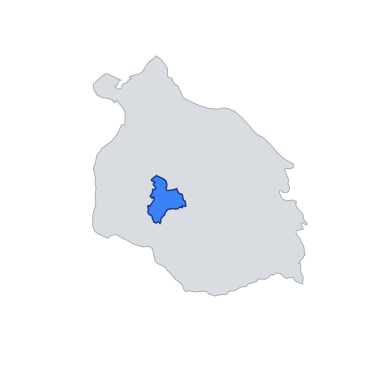 Harghita on a map of Romania (Equal Earth projection), rotated 217°
{"feature_id": "ROU-307", "entity_name": "Harghita", "entity_type": "County", "adm_level": 1, "iso_a3": "ROU", "parent_name": "Romania", "parent_adm1": "", "projection": "equal_earth", "projection_center": [25.588, 46.623], "detail": "fine", "context": "in_parent", "style": "filled", "palette": "blue", "viewbox_px": 384, "rotation_deg": 217, "n_neighbors": 0, "source": "natural_earth", "source_scale": "10m", "svg_char_len": 5728}
<svg xmlns="http://www.w3.org/2000/svg" viewBox="0 0 384 384"><g transform="rotate(217 192 192)"><path d="M290.1,211.2L293.4,215.3L297.5,217.5L306.9,219.7L307.8,219.5L307.9,219.0L307.2,218.5L307.1,217.7L307.5,216.8L308.8,216.7L311.0,217.5L315.0,216.3L320.9,213.1L326.4,212.4L331.4,214.3L334.0,216.6L335.7,218.7L335.3,221.4L335.0,223.0L333.8,229.8L333.0,232.4L331.6,235.2L316.1,238.6L317.0,237.0L316.6,234.1L315.9,232.0L317.3,230.0L313.8,229.3L312.3,230.4L311.2,232.2L312.3,236.5L310.6,238.9L310.0,240.3L310.0,243.4L309.0,244.8L308.8,246.3L311.3,245.9L310.2,248.6L305.7,253.9L304.1,257.0L304.7,269.5L302.7,276.9L302.6,279.1L297.6,279.2L296.1,279.0L291.4,277.9L286.0,275.9L282.9,272.1L280.8,269.3L276.4,270.6L275.5,270.2L274.3,268.9L270.9,268.0L266.7,268.0L257.3,263.0L256.3,262.1L248.9,263.0L237.9,265.5L229.5,268.5L220.8,274.0L217.3,278.2L213.2,280.4L207.4,282.0L197.0,281.4L186.2,279.3L174.6,277.0L168.3,278.3L159.8,277.4L147.0,274.7L137.5,273.9L128.0,275.4L126.5,274.2L126.1,272.9L126.5,270.9L127.9,269.3L130.2,268.1L131.4,266.9L131.5,265.7L129.0,263.7L123.8,261.0L121.7,259.3L121.2,258.9L121.1,257.4L120.0,256.2L118.0,255.3L116.4,253.7L115.4,251.4L115.6,249.3L117.3,247.3L119.3,246.4L121.8,246.7L122.8,246.1L122.4,244.7L120.0,242.9L115.6,240.7L111.1,241.9L106.5,246.4L103.1,247.2L101.2,244.1L97.6,242.3L92.4,241.7L89.3,240.5L88.1,238.7L85.9,237.3L80.9,235.9L80.9,234.5L81.7,234.2L83.5,234.0L85.9,233.7L86.3,232.9L86.3,232.2L84.5,231.3L82.6,230.7L81.6,230.1L81.0,229.4L80.9,228.7L81.5,228.2L82.2,228.1L83.0,227.7L83.4,226.0L84.5,224.7L85.2,224.2L85.2,223.2L84.5,222.2L83.5,221.4L82.0,220.9L77.3,219.5L74.9,217.5L73.4,217.4L71.2,216.3L68.7,214.6L66.6,212.1L64.3,210.5L63.7,209.9L63.7,209.3L64.1,208.6L64.1,207.8L63.6,205.4L64.1,202.9L64.0,200.5L64.0,199.4L63.6,199.1L63.2,199.5L62.6,199.9L62.0,200.0L60.4,198.3L58.3,194.7L56.8,193.5L54.0,191.9L51.6,190.6L50.0,187.6L48.3,185.4L49.5,184.4L56.4,183.1L59.6,184.4L61.0,183.9L62.4,182.8L63.2,182.0L63.4,181.1L64.1,180.0L66.5,179.4L72.6,180.1L75.1,178.6L76.0,177.7L76.6,175.8L77.3,174.3L79.5,173.5L79.5,172.1L79.2,170.6L80.6,167.2L81.4,165.9L82.7,165.4L84.2,164.3L86.8,162.1L86.3,160.2L86.8,158.8L89.6,155.3L91.8,152.0L91.8,150.4L92.1,148.9L93.9,147.3L95.9,145.3L98.6,138.8L99.5,137.8L101.2,136.5L102.4,135.3L102.7,131.1L103.8,129.9L106.1,128.5L108.3,126.3L110.1,123.7L111.5,122.5L113.4,122.2L115.4,121.2L117.6,120.8L119.7,121.3L121.1,121.0L123.1,119.8L128.5,115.0L129.2,114.1L130.3,113.4L134.6,111.8L135.7,110.2L137.1,108.7L139.0,108.8L145.1,112.5L151.7,112.2L152.9,112.4L153.3,112.4L154.1,112.7L162.8,114.5L164.2,114.3L164.6,114.2L168.1,115.7L171.2,115.5L174.2,114.5L177.2,114.1L180.1,114.7L182.2,116.8L187.8,121.3L189.4,122.9L192.0,122.7L194.8,121.8L197.7,118.9L206.5,115.5L213.2,114.7L219.8,113.3L227.4,112.4L229.6,109.6L230.8,107.7L231.6,104.3L235.7,103.3L239.6,102.6L240.9,102.1L243.8,102.0L246.0,102.3L249.4,104.0L251.8,106.1L252.7,107.8L254.8,110.3L256.9,113.6L259.3,118.1L259.9,120.4L260.8,122.9L262.6,125.9L266.0,129.2L266.5,129.9L268.0,132.2L271.0,137.4L273.5,139.5L275.7,141.8L276.8,144.1L278.3,146.2L282.0,148.9L285.0,151.5L287.4,158.7L289.1,162.0L290.2,164.6L289.8,169.7L290.5,172.0L289.2,176.0L286.9,184.2L286.4,190.7L286.9,194.2L286.9,196.5L287.6,197.9L288.2,200.9L288.4,203.5L287.5,204.2L286.3,204.8L285.8,205.4L287.0,206.5L288.5,208.7L290.1,211.2Z" fill="#d9dde1" stroke="#a8b0b8" stroke-width="1"/><path d="M222.4,185.3L219.6,185.1L218.8,184.7L218.2,184.3L218.0,183.9L217.7,183.6L216.5,182.7L216.3,182.5L216.1,182.1L215.4,180.8L215.3,180.4L215.2,180.0L215.2,179.7L214.9,179.3L214.6,179.0L213.8,178.4L213.3,178.1L212.9,178.2L212.6,178.4L212.2,178.8L211.2,179.4L210.7,179.8L209.6,181.2L209.2,181.6L208.6,182.1L207.5,183.1L207.3,183.4L207.4,183.7L207.1,184.0L206.9,184.1L206.2,185.5L205.3,184.6L204.0,184.2L203.5,183.9L203.0,183.5L202.4,183.2L201.9,183.1L201.4,183.1L199.7,183.8L198.1,184.0L195.7,181.7L194.1,180.6L193.6,180.4L192.2,180.5L191.6,180.3L191.1,179.8L188.7,177.2L188.5,176.9L188.6,176.6L188.8,176.4L189.4,176.2L189.7,176.0L189.9,175.8L190.2,175.7L190.9,175.5L191.3,175.4L191.4,175.1L191.5,174.7L191.2,174.4L190.4,173.9L190.4,173.6L190.6,173.4L192.5,172.7L192.8,172.4L193.0,172.1L193.1,170.6L193.3,170.2L193.5,169.8L195.3,168.2L195.7,168.0L197.0,167.5L197.5,167.2L197.9,166.8L199.0,165.3L199.4,164.9L200.7,163.9L200.9,163.5L201.0,163.2L200.9,162.1L201.0,161.4L201.2,160.5L201.2,160.0L201.1,159.6L201.0,159.4L200.3,157.8L200.2,156.9L200.7,154.3L200.6,151.9L200.5,151.3L200.3,150.8L200.0,150.5L199.3,149.9L199.0,149.5L198.9,149.1L198.7,147.7L199.8,148.1L200.2,148.1L200.6,148.1L201.0,147.9L201.3,147.7L201.5,147.3L201.5,147.0L201.5,146.7L201.6,146.3L201.9,145.9L202.4,145.6L203.0,145.3L203.7,145.2L204.3,145.2L204.8,145.4L208.1,147.4L208.5,147.7L208.8,148.1L209.1,148.5L209.6,148.7L210.1,148.8L210.7,148.7L211.1,148.6L212.7,148.4L213.4,148.5L214.2,148.9L214.7,149.1L215.1,149.5L215.5,150.1L216.0,151.3L216.4,151.9L216.9,152.6L217.9,153.3L218.3,153.6L218.6,154.0L218.7,154.6L218.7,155.0L218.4,155.2L217.9,155.1L217.6,155.1L217.3,155.2L217.2,155.4L217.1,155.7L217.1,156.1L217.5,162.5L217.6,163.0L217.8,163.4L218.3,163.9L219.3,164.8L219.7,165.0L220.0,165.0L220.1,164.8L220.0,164.4L219.8,163.6L219.8,163.3L220.2,163.1L220.4,163.0L222.9,163.5L223.0,166.4L223.5,168.2L223.9,168.8L224.4,169.4L224.8,170.1L224.8,170.6L224.5,170.8L224.1,171.0L223.6,171.3L223.4,171.8L223.2,172.9L223.4,173.5L223.8,173.8L225.1,174.1L226.7,174.3L227.1,174.6L227.6,175.0L227.7,175.5L227.8,175.9L227.5,176.8L227.5,177.4L227.8,177.6L228.2,177.6L229.0,177.4L230.2,176.8L230.6,176.8L231.0,176.8L231.5,177.1L231.7,177.4L231.8,177.8L231.4,178.8L231.3,179.1L231.2,180.7L231.0,181.1L230.7,181.8L230.5,182.2L230.3,183.7L222.4,185.3Z" fill="#3b82f6" stroke="#1e3a8a" stroke-width="1.5"/></g></svg>